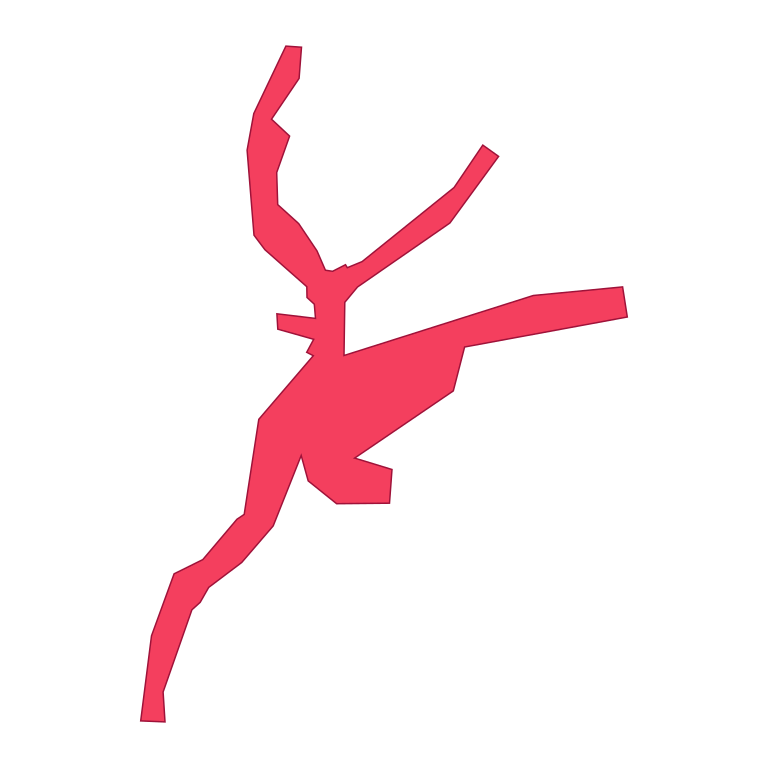 outline of Vlahita, Harghita, Romania
{"feature_id": "2599482B45078767996614", "entity_name": "Vlahita", "entity_type": "district", "adm_level": 2, "iso_a3": "ROU", "parent_name": "Romania", "parent_adm1": "Harghita", "projection": "equal_earth", "projection_center": [25.468, 46.349], "detail": "fine", "context": "isolated", "style": "filled", "palette": "rose", "viewbox_px": 768, "rotation_deg": 0, "n_neighbors": 0, "source": "geoboundaries", "source_scale": "gbopen_adm2", "svg_char_len": 933}
<svg xmlns="http://www.w3.org/2000/svg" viewBox="0 0 768 768"><path d="M325.4,270.2L317.0,250.9L298.7,223.6L277.7,204.6L276.7,172.5L289.6,136.1L271.5,119.2L299.1,78.4L301.5,47.2L285.9,46.1L253.8,113.5L247.1,150.2L253.2,225.4L254.0,235.2L264.9,249.7L306.8,286.7L306.9,292.1L307.0,297.5L314.3,304.2L315.5,318.4L276.9,313.8L277.8,329.2L313.7,339.3L306.7,352.3L313.3,355.7L276.7,398.4L258.8,419.3L247.8,490.8L244.2,514.4L237.0,519.2L219.9,539.4L202.8,559.6L174.1,573.8L151.5,635.8L140.7,720.9L165.0,721.9L163.1,692.0L191.9,609.8L200.2,602.3L208.7,587.4L241.7,562.5L273.2,525.9L301.2,455.5L308.2,480.9L336.6,503.7L389.5,503.2L392.0,469.5L354.6,458.1L453.3,390.9L464.6,347.0L627.3,317.0L622.6,286.9L533.3,295.5L438.7,325.5L400.5,337.6L344.0,355.5L344.8,302.3L357.5,287.0L449.9,223.0L498.6,156.4L482.8,145.1L454.1,187.5L362.1,261.6L347.3,267.7L345.5,264.7L332.6,271.3L325.4,270.2Z" fill="#f43f5e" stroke="#9f1239" stroke-width="1.5"/></svg>